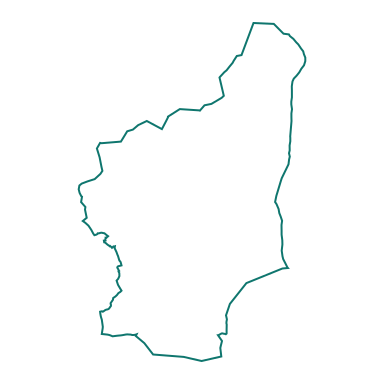 the district of Obi Nwga, Abia, Nigeria
{"feature_id": "59680162B7784772599553", "entity_name": "Obi Nwga", "entity_type": "district", "adm_level": 2, "iso_a3": "NGA", "parent_name": "Nigeria", "parent_adm1": "Abia", "projection": "orthographic", "projection_center": [7.438, 5.164], "detail": "fine", "context": "isolated", "style": "outline", "palette": "teal", "viewbox_px": 384, "rotation_deg": 0, "n_neighbors": 0, "source": "geoboundaries", "source_scale": "gbopen_adm2", "svg_char_len": 3555}
<svg xmlns="http://www.w3.org/2000/svg" viewBox="0 0 384 384"><path d="M280.5,182.1L281.7,178.3L288.5,164.3L289.1,159.4L289.8,156.6L289.0,153.2L289.7,150.4L289.6,145.5L290.3,141.3L290.3,137.8L290.2,136.5L291.5,121.1L291.4,116.9L291.4,115.9L291.4,113.4L292.0,109.2L291.3,104.4L291.3,101.6L291.9,97.4L291.9,93.9L291.9,90.4L291.8,86.3L292.5,81.4L293.8,78.6L296.5,75.8L297.4,74.7L299.3,72.3L301.3,68.8L304.0,65.3L305.3,61.1L305.3,57.6L303.9,54.1L303.2,51.3L301.1,48.6L298.3,44.4L296.2,42.3L293.4,38.9L289.9,36.1L288.9,34.4L283.5,33.7L273.8,23.9L253.5,23.0L241.5,55.1L236.8,56.0L233.7,60.8L232.6,62.9L232.5,63.0L229.5,66.6L226.6,70.3L224.3,72.2L219.9,77.0L219.5,77.5L223.8,95.8L221.7,97.8L211.4,103.9L204.5,105.3L199.9,110.6L199.5,110.4L179.8,109.1L168.0,116.6L168.1,117.1L167.9,117.5L166.4,120.5L163.9,125.3L161.9,129.1L146.8,121.0L138.2,125.1L132.9,129.6L127.2,131.3L123.5,137.4L120.9,141.6L101.6,143.2L100.1,142.9L96.9,148.5L99.6,157.3L101.4,166.5L102.4,170.9L100.4,173.9L94.7,179.1L87.5,181.4L81.7,183.6L79.4,185.5L78.7,189.3L79.6,192.9L81.3,196.2L82.0,196.7L81.1,202.1L85.4,207.0L85.0,209.6L86.7,217.8L82.8,221.0L85.3,222.8L88.5,225.7L91.3,229.9L93.2,233.5L94.4,235.2L95.8,234.8L96.4,234.6L96.9,234.3L97.4,234.0L97.7,233.3L98.3,233.3L99.0,233.3L99.9,233.0L101.2,232.7L102.1,232.8L103.3,233.1L104.2,233.2L104.6,233.4L106.6,235.1L107.4,235.7L108.1,236.2L107.8,236.5L107.6,236.5L107.3,236.7L106.8,237.4L106.4,237.8L106.2,237.7L105.6,237.7L105.6,238.3L105.4,238.9L105.3,239.4L105.3,239.8L105.5,240.4L103.9,240.6L104.0,241.2L104.1,241.7L104.1,242.1L104.2,242.3L104.7,242.3L104.9,242.5L105.4,242.8L105.9,243.2L107.1,244.3L108.0,245.0L109.0,245.6L109.4,246.0L109.8,246.3L110.1,246.0L110.8,246.6L111.5,247.1L111.6,247.3L112.0,247.8L112.6,247.3L113.1,246.7L113.5,246.4L113.8,246.4L114.1,246.5L114.6,246.4L114.9,246.3L114.6,248.2L114.9,248.7L115.7,250.4L116.5,252.1L117.5,254.9L117.9,255.7L118.2,256.6L118.6,258.0L119.2,260.0L119.5,260.7L119.8,261.0L120.4,261.7L120.7,262.4L121.2,264.2L121.5,265.4L118.8,266.1L118.1,266.3L117.5,266.9L117.3,267.4L117.3,267.7L118.1,269.0L118.8,270.5L119.1,270.9L118.5,271.3L118.7,271.9L119.0,272.5L119.3,273.0L119.4,276.1L118.2,278.8L116.6,280.6L118.0,284.8L119.4,287.2L121.5,290.7L120.3,291.9L119.2,292.6L118.4,293.1L117.0,295.0L115.4,296.5L113.2,298.0L113.1,298.6L113.0,299.5L112.8,300.0L111.6,301.7L110.9,302.8L110.6,303.2L110.7,304.2L111.0,305.0L110.9,305.7L110.8,306.2L110.2,306.9L109.7,307.7L109.1,308.4L108.6,309.0L107.8,309.3L107.1,309.5L106.4,309.6L105.4,310.0L104.8,310.4L103.1,311.6L102.7,311.7L102.2,311.3L101.7,311.3L100.1,311.7L100.3,313.6L100.8,316.3L101.3,318.1L101.8,319.6L102.8,326.7L102.7,328.1L101.8,334.0L102.8,334.1L104.7,334.3L107.5,334.6L108.9,334.9L110.2,335.3L112.6,336.3L117.3,335.7L120.7,335.4L122.2,335.2L126.0,334.5L127.3,334.4L130.8,334.6L132.1,335.0L133.6,335.0L135.0,334.8L135.5,334.7L136.6,334.3L135.8,336.0L144.3,343.1L153.1,354.5L183.7,356.9L201.6,361.0L221.3,356.5L220.3,348.0L220.9,345.4L222.0,341.0L218.0,335.2L218.6,335.1L221.5,333.5L222.0,333.4L222.6,333.4L223.6,333.7L224.9,333.9L225.6,334.1L225.8,334.2L226.0,334.0L226.4,333.8L226.6,333.5L226.6,329.6L226.7,324.6L226.4,323.1L226.5,321.6L226.8,320.0L226.9,319.3L226.2,316.1L226.0,315.4L229.9,303.9L246.4,283.1L282.4,268.5L287.9,268.0L287.4,267.4L285.3,263.2L283.2,259.1L282.5,256.3L282.2,254.1L281.7,250.7L282.4,244.5L282.3,240.3L281.6,234.7L281.6,231.2L281.5,225.0L282.1,220.8L280.7,216.6L279.3,213.1L278.6,209.0L276.5,204.1L275.1,202.0L276.2,196.6L276.4,195.7L277.2,193.1L280.5,182.1Z" fill="none" stroke="#0f766e" stroke-width="2"/></svg>